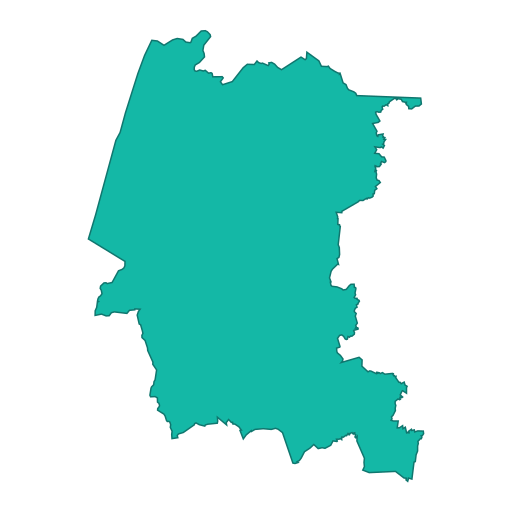 Francisco Z. Mena, Puebla, Mexico
{"feature_id": "50627088B96858950012844", "entity_name": "Francisco Z. Mena", "entity_type": "district", "adm_level": 2, "iso_a3": "MEX", "parent_name": "Mexico", "parent_adm1": "Puebla", "projection": "robinson", "projection_center": [-97.773, 20.706], "detail": "fine", "context": "isolated", "style": "filled", "palette": "teal", "viewbox_px": 512, "rotation_deg": 0, "n_neighbors": 0, "source": "geoboundaries", "source_scale": "gbopen_adm2", "svg_char_len": 6026}
<svg xmlns="http://www.w3.org/2000/svg" viewBox="0 0 512 512"><path d="M292.9,463.1L295.0,463.5L298.1,462.5L297.1,461.7L299.3,460.6L301.2,458.1L304.5,451.7L310.0,448.1L313.8,444.5L318.2,448.6L322.1,447.7L325.0,448.3L330.7,445.3L333.0,440.9L336.9,441.5L337.3,441.1L336.5,439.2L339.1,439.2L340.3,438.6L341.7,439.6L341.8,437.1L343.5,437.1L345.8,435.4L346.6,435.7L348.0,433.5L349.1,434.9L349.6,434.6L349.3,433.7L352.0,432.6L353.2,434.0L353.8,433.0L354.7,432.8L354.6,434.0L355.7,434.7L355.0,436.9L355.9,437.0L355.8,437.8L356.2,437.8L357.1,436.6L356.9,441.0L364.4,458.2L364.0,462.4L364.4,466.7L362.8,470.1L369.2,472.6L395.5,471.4L404.0,478.0L406.5,478.2L406.0,479.9L407.7,481.3L408.6,478.1L411.9,479.1L414.0,462.1L415.3,461.6L416.1,454.8L417.6,451.0L417.6,445.9L418.3,443.5L417.9,441.4L420.6,438.5L421.3,438.7L421.9,437.2L421.2,435.7L422.4,435.5L423.6,433.7L423.3,431.1L417.8,430.9L414.7,431.9L414.3,429.9L411.7,430.5L411.4,429.3L408.7,431.2L409.1,432.8L408.0,432.8L407.8,432.2L406.6,432.8L405.3,427.2L403.0,428.7L402.6,425.7L399.4,427.8L397.2,427.9L398.2,421.0L393.4,421.0L391.1,420.3L392.0,418.8L391.5,416.8L393.0,415.4L395.4,410.6L395.2,408.3L395.8,405.4L395.1,403.5L395.2,401.3L398.0,399.0L399.6,399.7L400.4,399.2L399.8,398.1L400.2,397.1L401.7,397.7L402.6,397.0L400.2,394.9L402.0,391.1L402.6,390.7L406.5,393.2L406.5,387.7L407.1,386.3L405.0,385.0L404.2,382.1L401.2,383.7L400.1,382.3L398.9,382.3L395.8,377.8L396.0,376.4L395.1,376.7L394.5,375.6L393.9,375.9L393.0,374.6L393.3,373.7L392.5,373.4L384.8,374.2L382.5,372.6L380.2,373.6L379.4,372.8L376.2,372.1L377.6,373.3L376.4,373.7L371.0,371.1L369.7,370.9L368.0,371.8L361.9,366.2L362.1,359.9L359.1,357.3L341.3,362.5L342.5,361.1L343.0,359.0L340.4,355.4L337.4,352.9L336.8,351.4L336.6,348.1L339.8,347.1L340.0,346.5L337.5,338.3L339.6,335.4L341.7,334.9L343.6,336.3L345.2,339.0L346.4,339.5L347.4,339.1L348.0,336.5L349.5,337.2L350.5,336.1L351.9,336.2L354.3,334.2L354.5,332.5L353.6,330.8L353.9,330.3L358.0,329.2L358.1,328.2L357.5,327.7L355.5,328.1L356.2,326.6L355.7,325.5L357.3,323.1L355.3,316.1L356.2,313.5L354.3,311.6L354.3,310.7L355.4,308.1L357.0,307.3L356.4,304.8L358.1,303.9L358.0,303.3L359.4,301.2L359.0,300.3L357.1,299.4L357.1,298.4L354.9,298.2L354.1,297.5L355.6,294.8L355.0,293.1L355.9,288.7L355.6,287.6L354.4,287.4L354.1,284.2L350.9,284.3L349.2,285.7L346.3,289.4L343.1,290.0L341.8,288.8L337.0,286.9L332.0,286.3L331.0,285.4L330.3,282.1L331.0,281.9L329.5,277.9L331.1,271.3L332.5,269.1L337.7,264.1L338.5,264.4L337.0,258.6L338.9,257.4L339.6,254.5L339.3,247.5L338.2,244.7L340.3,226.3L339.5,225.6L339.5,224.7L337.8,224.4L338.0,218.6L337.5,218.5L337.7,216.8L336.2,212.3L341.8,212.7L342.0,211.2L358.5,201.6L359.5,200.4L363.0,200.5L366.0,198.6L366.8,198.3L367.1,199.0L368.6,197.7L369.7,198.1L372.0,197.2L373.1,196.2L373.1,193.9L374.3,193.7L374.7,190.3L376.9,188.7L375.4,186.5L380.3,182.5L379.0,180.6L377.1,180.1L376.2,177.8L376.6,174.1L375.9,171.7L376.5,170.6L376.0,170.0L375.1,170.8L375.8,167.9L375.0,166.8L375.1,165.7L377.4,166.7L379.4,166.6L381.2,164.1L380.5,163.7L381.5,161.5L384.6,162.6L385.8,161.6L385.9,160.6L384.2,157.1L381.7,156.9L379.0,153.7L374.7,153.3L376.7,149.7L374.9,146.8L380.1,147.6L381.5,146.9L383.1,148.1L384.4,145.5L382.8,144.2L383.6,143.9L384.0,141.7L385.6,139.5L383.8,139.3L384.8,137.6L383.2,137.4L383.5,136.8L382.6,135.8L383.1,134.0L378.3,134.8L377.8,136.4L376.8,135.7L376.2,132.8L377.0,131.3L372.6,123.5L378.2,122.4L379.9,121.0L376.1,114.4L375.6,112.2L377.1,111.6L378.6,112.2L380.7,112.1L381.3,110.3L382.7,109.3L382.1,107.0L382.6,106.1L384.1,106.2L386.1,104.7L387.8,105.7L387.8,103.7L389.1,103.0L389.3,101.9L394.4,98.4L396.1,98.6L396.6,99.8L397.3,99.5L397.6,98.7L400.3,99.1L401.3,99.4L402.5,101.6L405.2,102.2L405.7,103.0L406.4,102.5L406.3,104.5L408.6,106.4L408.8,108.7L411.7,108.9L415.3,106.1L419.0,106.0L421.4,104.0L420.7,98.1L356.7,95.6L355.8,93.3L353.8,91.8L348.7,89.8L347.4,88.2L346.0,84.6L343.1,82.9L340.4,74.3L339.5,74.4L340.0,73.2L337.9,73.0L334.8,71.4L330.1,68.5L328.3,66.1L327.3,66.6L321.4,66.3L318.9,60.9L306.9,52.2L306.4,58.5L305.6,59.3L305.1,59.7L301.0,57.1L281.5,69.7L277.6,67.4L274.6,64.1L271.6,62.4L268.8,62.9L269.2,64.2L268.2,65.6L262.4,63.1L261.2,63.5L258.6,62.6L257.0,61.0L254.3,64.5L247.3,64.3L243.2,67.7L232.3,81.6L222.6,84.7L220.4,81.8L223.2,77.9L222.2,76.7L212.8,76.8L212.1,73.4L211.0,72.7L208.6,73.2L205.2,70.3L203.3,71.0L199.7,70.0L196.7,71.3L195.1,71.0L194.2,69.6L194.3,67.2L195.2,65.0L199.4,62.5L204.5,56.9L204.1,53.5L202.9,50.4L203.8,45.2L210.6,36.6L210.1,34.6L207.4,31.8L205.3,30.7L201.2,31.0L196.0,36.2L192.3,38.3L191.0,42.0L190.2,42.7L185.9,42.1L182.9,39.4L177.2,38.5L172.6,39.9L164.0,45.3L157.4,41.0L151.8,40.3L144.6,55.4L137.9,73.5L125.5,112.7L120.1,132.5L115.9,140.3L95.6,214.9L88.4,239.0L125.0,261.4L124.9,265.8L124.0,267.8L122.3,269.3L118.5,270.8L112.1,282.5L107.1,283.6L106.1,282.8L104.0,282.9L100.6,286.1L100.2,288.4L101.3,290.3L102.0,293.7L100.5,295.9L98.9,297.0L98.0,298.8L97.5,301.1L98.4,301.6L97.4,302.0L96.7,307.4L95.2,310.8L95.1,315.4L101.5,314.1L106.1,315.9L109.2,315.7L111.4,312.7L114.3,311.9L126.9,313.4L129.5,310.3L134.8,309.8L134.9,308.9L140.1,309.2L138.4,311.5L137.2,315.1L139.2,324.0L140.6,324.7L142.4,331.0L142.9,333.4L141.9,335.3L142.0,337.6L145.1,340.5L147.5,347.9L147.7,350.5L152.9,362.1L152.8,364.3L156.6,369.9L155.1,379.8L154.0,381.7L153.7,384.7L151.5,387.0L151.0,388.3L149.9,395.2L150.6,396.8L155.2,396.6L157.4,397.9L157.5,402.1L158.9,403.3L159.5,405.2L159.4,406.3L157.7,408.6L157.6,410.2L163.9,414.1L165.1,416.0L166.5,420.5L167.3,421.5L168.9,421.4L169.8,422.0L170.7,424.7L170.3,427.3L172.1,431.3L171.7,434.4L172.0,438.6L177.8,437.7L177.2,435.5L178.5,433.9L183.3,432.5L194.3,424.8L194.6,423.6L196.0,422.9L199.3,424.7L204.8,426.1L205.3,425.0L207.7,424.2L217.3,423.2L217.7,421.3L217.4,417.2L226.6,424.9L226.2,422.7L228.6,419.5L231.4,422.5L232.6,422.3L232.9,424.0L234.9,424.1L238.9,426.8L241.4,430.1L240.0,430.4L243.3,438.9L246.2,434.9L250.1,431.6L251.2,430.7L251.4,431.5L255.0,429.4L263.3,428.7L271.3,429.4L275.5,428.3L278.1,429.2L282.5,432.6L292.9,463.1Z" fill="#14b8a6" stroke="#0f766e" stroke-width="1.5"/></svg>